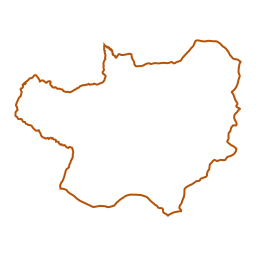 outline of Pijao, Quindío, Colombia
{"feature_id": "7082276B22277763183107", "entity_name": "Pijao", "entity_type": "district", "adm_level": 2, "iso_a3": "COL", "parent_name": "Colombia", "parent_adm1": "Quindío", "projection": "orthographic", "projection_center": [-75.71, 4.302], "detail": "fine", "context": "isolated", "style": "outline", "palette": "amber", "viewbox_px": 256, "rotation_deg": 0, "n_neighbors": 0, "source": "geoboundaries", "source_scale": "gbopen_adm2", "svg_char_len": 5645}
<svg xmlns="http://www.w3.org/2000/svg" viewBox="0 0 256 256"><path d="M104.4,44.9L104.4,45.9L104.1,46.4L104.3,47.4L104.1,49.8L104.9,51.0L104.6,52.1L105.1,53.6L105.5,56.0L105.0,57.8L105.4,58.8L104.3,60.8L103.6,62.6L103.4,64.3L103.8,65.5L103.4,67.2L104.0,69.9L102.8,71.9L102.7,73.0L102.8,73.5L104.6,74.7L105.4,75.6L105.7,76.5L104.8,78.4L104.5,80.1L103.1,82.0L101.8,82.8L99.5,83.6L98.5,84.2L97.5,84.5L96.4,84.5L94.5,83.7L93.9,83.7L93.1,84.3L91.5,84.4L90.1,84.7L89.5,84.6L89.1,84.0L88.8,83.9L87.4,84.5L86.7,84.5L86.0,84.9L82.7,85.2L81.5,85.9L80.6,86.0L80.1,86.2L79.4,87.1L78.8,87.6L78.2,87.9L77.4,88.0L77.1,88.5L76.3,88.7L75.5,89.5L74.6,89.7L74.1,90.1L70.5,92.2L69.9,92.3L68.6,91.8L66.4,92.0L63.8,91.3L63.4,90.9L62.5,89.7L61.9,89.4L60.3,89.1L59.3,88.6L57.5,88.8L56.8,88.4L56.1,87.6L55.1,87.2L54.1,87.7L53.2,87.3L52.6,87.3L52.3,87.0L52.0,86.3L50.9,85.4L50.6,85.0L50.1,83.3L50.4,82.8L50.6,81.9L50.4,81.5L49.6,81.1L47.2,81.8L46.9,82.5L46.6,82.7L45.5,82.5L43.4,80.6L42.6,80.4L41.6,80.5L40.0,81.5L39.2,79.6L37.7,77.3L36.5,75.7L35.6,75.1L34.6,75.3L34.0,75.7L32.9,77.2L32.0,77.9L31.3,78.2L30.0,78.2L28.6,79.7L25.0,82.6L25.7,83.2L25.3,83.9L24.9,83.6L24.0,84.3L23.4,84.3L24.7,83.1L24.3,83.2L23.5,83.8L23.1,84.9L23.1,85.9L23.0,86.8L22.6,87.7L22.1,88.1L20.8,88.6L20.6,89.4L21.7,92.1L20.9,95.2L20.6,96.2L19.8,96.9L19.0,97.8L18.6,98.5L16.8,102.6L16.1,104.6L16.0,105.6L16.8,106.7L17.1,107.7L17.1,108.3L17.6,109.8L17.5,110.1L16.4,111.1L15.8,111.8L15.6,112.4L15.4,114.8L15.5,115.8L16.1,116.5L17.0,116.9L18.1,118.8L18.4,119.0L19.3,119.2L20.8,119.0L21.5,119.1L21.9,119.5L22.8,121.4L23.2,121.8L24.9,122.0L25.8,123.6L28.3,124.9L30.7,125.3L31.6,125.8L33.2,128.2L35.3,130.2L36.5,130.8L38.0,130.4L38.8,130.3L39.2,131.6L40.2,132.8L41.1,135.4L41.4,136.0L43.0,137.5L44.5,137.8L45.6,138.6L47.9,137.9L48.8,138.9L50.3,137.8L50.9,137.8L51.5,138.4L52.3,138.1L52.8,138.2L53.1,139.1L53.8,139.4L54.9,139.6L55.7,139.9L55.9,140.5L56.1,141.7L57.1,141.5L58.6,142.0L58.8,142.2L58.9,143.4L59.5,143.7L60.3,144.7L60.7,144.7L61.7,144.3L62.3,145.1L63.3,145.4L64.3,145.1L64.7,145.1L66.6,147.3L67.7,147.8L68.3,147.9L69.0,147.1L69.3,147.0L71.8,147.6L72.1,147.9L72.3,148.7L72.7,149.3L72.7,150.1L73.2,151.6L73.3,152.4L72.7,154.7L72.8,156.8L72.4,158.3L71.9,158.7L71.7,159.6L70.9,160.6L70.4,162.9L69.6,164.1L68.7,167.6L66.7,169.1L66.2,169.8L65.5,171.6L65.1,173.7L64.7,174.5L64.6,175.6L64.3,176.2L64.1,177.2L62.5,181.2L61.4,182.3L61.3,182.9L60.3,184.8L60.1,185.6L60.1,186.5L60.6,187.9L60.5,188.7L62.7,188.7L65.1,189.4L66.4,190.0L68.4,192.3L69.0,192.8L74.1,196.0L77.2,198.9L80.2,200.9L93.1,207.0L94.9,206.8L99.9,205.9L103.7,206.1L105.9,206.4L107.0,207.0L109.3,207.1L113.4,205.8L113.8,205.8L115.6,204.2L115.9,203.3L117.4,202.1L120.0,199.7L125.7,196.0L126.5,195.6L129.2,194.8L130.9,194.6L135.3,194.7L140.9,195.0L145.8,196.6L147.4,197.5L150.4,200.7L153.2,203.2L153.9,203.6L154.6,204.4L155.4,204.8L155.6,205.2L157.0,205.9L158.1,207.5L158.9,208.0L160.9,208.1L162.3,208.4L162.7,208.7L162.8,209.2L163.3,212.2L163.6,212.7L165.7,213.8L167.4,215.0L168.0,215.6L169.2,214.6L173.5,212.5L177.5,211.6L181.1,211.1L181.2,210.6L180.8,209.6L179.5,208.3L179.4,207.5L179.5,206.5L180.2,205.0L180.8,204.3L181.6,203.1L182.3,200.5L182.8,199.7L183.0,198.5L183.5,198.0L183.9,197.3L183.8,196.7L184.3,194.8L184.4,193.1L184.5,189.2L185.9,187.5L187.5,186.4L189.0,185.7L189.8,185.1L191.4,184.6L194.0,182.9L196.2,181.2L199.4,180.8L199.9,180.2L200.3,179.2L200.8,178.7L206.3,176.6L206.9,175.6L206.9,174.4L207.7,171.2L208.9,169.9L209.2,169.4L209.8,164.7L210.0,164.2L212.1,162.1L212.8,161.1L213.7,160.3L214.6,159.9L217.3,161.1L219.1,160.3L221.1,159.9L223.9,160.2L224.7,160.1L225.3,159.8L226.9,157.4L227.7,156.8L229.6,156.3L231.4,155.6L233.8,154.2L235.3,152.3L235.8,151.5L236.4,148.8L236.2,148.5L233.7,146.4L231.0,145.1L227.5,142.1L227.3,141.7L227.3,141.1L228.0,139.9L228.6,138.5L228.5,135.1L228.7,133.2L228.9,132.7L230.3,131.4L230.7,129.3L231.3,127.5L231.8,126.8L233.0,125.5L233.3,125.3L235.8,125.5L236.2,125.2L236.6,124.4L236.6,123.6L236.3,122.6L234.9,119.9L234.2,117.9L234.3,115.9L234.5,115.1L235.3,113.8L237.1,112.0L238.4,110.2L239.1,109.5L239.7,109.2L239.9,108.9L239.3,108.3L237.7,107.5L236.9,107.0L236.5,106.6L236.3,106.1L236.4,105.7L237.4,104.0L237.3,103.1L235.4,100.1L233.3,94.3L232.5,93.1L231.8,92.4L231.8,92.0L232.1,91.6L234.4,89.6L236.2,87.2L237.3,84.6L237.8,83.0L238.7,79.1L239.7,76.4L239.6,75.2L239.0,73.8L238.5,72.0L238.8,67.6L239.5,64.0L240.3,62.2L240.6,61.8L238.0,59.8L237.3,59.5L234.6,59.1L233.7,58.8L232.8,58.3L230.6,55.7L230.0,55.2L229.6,54.1L227.8,51.0L225.9,48.6L224.2,47.2L222.5,46.2L220.4,43.7L217.0,41.5L215.2,41.2L213.0,41.3L211.0,41.0L208.2,40.8L205.2,41.4L203.9,41.4L202.7,41.3L198.2,40.4L197.1,40.4L195.6,40.8L193.3,46.0L190.7,48.7L189.4,50.5L186.8,53.1L183.1,57.2L181.9,58.7L181.0,60.4L179.9,61.0L176.3,62.2L175.0,63.1L174.0,63.4L172.0,62.2L171.2,62.1L170.4,62.3L168.6,63.0L167.9,63.1L166.7,63.1L163.4,62.8L159.4,63.3L158.0,63.4L155.4,63.1L153.7,63.3L151.2,64.0L150.8,64.0L149.3,63.3L148.5,63.3L146.0,63.9L144.2,65.0L142.8,65.7L140.4,66.1L136.1,66.3L135.6,66.0L134.5,64.4L134.3,63.6L134.1,62.0L133.7,61.1L132.7,59.6L131.8,57.4L131.5,54.6L131.2,54.2L130.7,54.0L129.3,53.7L126.7,54.4L125.5,54.5L124.1,54.9L121.9,55.0L121.0,54.9L119.5,54.1L118.9,54.2L117.5,55.7L117.2,56.4L116.3,57.5L116.0,57.7L115.7,57.6L115.5,57.4L114.9,55.8L113.2,55.1L112.8,54.6L112.7,54.3L113.0,53.5L112.5,53.1L112.3,52.7L112.4,51.3L111.4,50.5L111.8,50.0L111.7,49.8L111.0,49.1L110.5,49.1L109.9,49.4L109.6,49.3L109.5,49.0L109.6,48.8L109.4,48.2L109.4,47.7L109.2,47.6L108.8,47.9L108.3,47.3L107.6,47.6L107.1,47.4L106.9,47.1L107.3,47.1L107.4,46.9L107.2,46.6L106.2,46.4L105.2,45.9L104.4,44.9Z" fill="none" stroke="#b45309" stroke-width="2"/></svg>